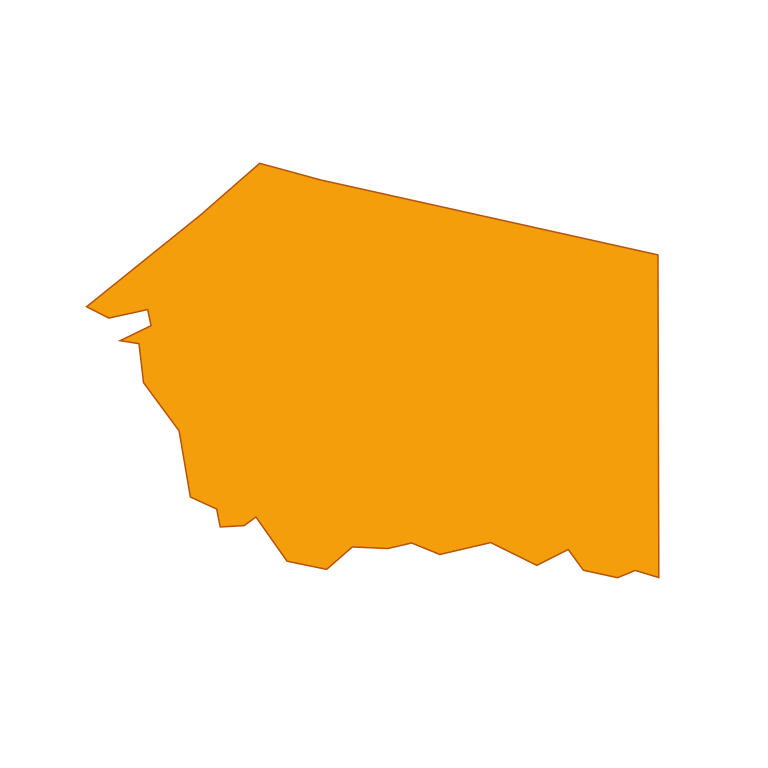 the district of Jasper, Georgia, United States of America, rotated 281°
{"feature_id": "52423323B27475125151595", "entity_name": "Jasper", "entity_type": "district", "adm_level": 2, "iso_a3": "USA", "parent_name": "United States of America", "parent_adm1": "Georgia", "projection": "equal_earth", "projection_center": [-83.762, 33.329], "detail": "fine", "context": "isolated", "style": "filled", "palette": "amber", "viewbox_px": 768, "rotation_deg": 281, "n_neighbors": 0, "source": "geoboundaries", "source_scale": "gbopen_adm2", "svg_char_len": 542}
<svg xmlns="http://www.w3.org/2000/svg" viewBox="0 0 768 768"><g transform="rotate(281 384 384)"><path d="M239.2,615.3L238.4,650.2L248.9,666.1L246.4,690.7L563.0,628.3L572.2,283.1L576.9,219.8L514.7,171.5L403.1,77.3L396.2,101.3L412.0,137.8L396.8,144.2L376.2,116.7L376.8,135.8L339.4,147.7L298.9,191.8L236.1,215.5L229.3,243.6L212.4,250.5L218.3,273.8L229.0,283.6L191.5,322.7L191.1,363.1L218.0,384.0L223.2,419.1L233.2,441.4L227.3,471.3L248.7,519.0L235.1,568.6L256.7,596.4L239.2,615.3Z" fill="#f59e0b" stroke="#b45309" stroke-width="1.5"/></g></svg>